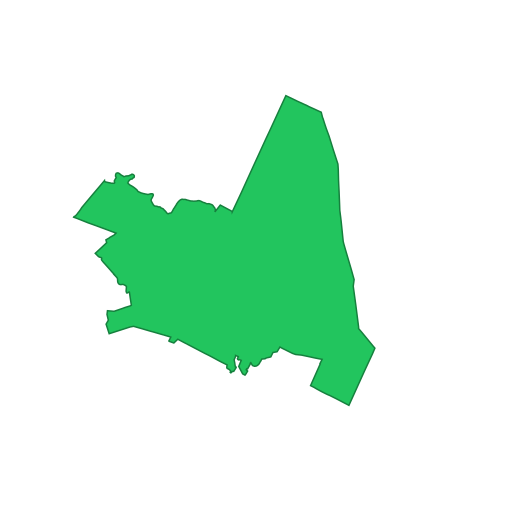 Becicherecu Mic, Timis, Romania (Albers equal-area conic projection), rotated 129°
{"feature_id": "2599482B19293630828144", "entity_name": "Becicherecu Mic", "entity_type": "district", "adm_level": 2, "iso_a3": "ROU", "parent_name": "Romania", "parent_adm1": "Timis", "projection": "albers", "projection_center": [21.043, 45.839], "detail": "fine", "context": "isolated", "style": "filled", "palette": "green", "viewbox_px": 512, "rotation_deg": 129, "n_neighbors": 0, "source": "geoboundaries", "source_scale": "gbopen_adm2", "svg_char_len": 5999}
<svg xmlns="http://www.w3.org/2000/svg" viewBox="0 0 512 512"><g transform="rotate(129 256 256)"><path d="M339.9,422.2L340.6,422.1L339.7,419.5L335.8,407.1L334.1,402.3L326.3,379.2L329.1,379.5L333.5,381.3L334.9,381.6L335.3,381.8L337.9,382.8L339.7,380.4L355.1,382.6L355.6,378.0L355.4,377.2L355.1,376.2L354.6,375.2L354.6,374.9L354.7,374.6L354.9,374.4L355.7,374.1L356.0,373.9L356.2,373.5L356.4,373.0L356.9,370.7L358.2,362.5L359.0,358.0L359.5,354.7L359.7,354.8L360.3,350.6L360.5,350.0L360.6,349.7L361.0,349.2L361.7,348.5L362.4,347.9L363.2,347.1L363.7,346.2L363.9,345.7L364.0,345.3L364.0,345.0L364.0,344.6L363.9,344.2L363.7,343.6L363.5,343.3L363.1,342.8L362.2,342.0L361.8,341.5L361.7,341.2L361.4,340.5L361.2,339.3L361.1,338.6L361.2,338.0L361.3,337.5L361.5,337.3L365.1,334.8L366.0,333.5L366.1,333.3L365.9,332.9L365.6,332.7L365.2,332.5L364.5,332.3L364.0,332.1L363.7,331.9L363.7,331.7L367.4,327.7L372.7,321.9L373.4,322.1L374.3,322.6L378.6,325.5L380.5,326.6L388.3,331.5L392.0,337.0L395.2,335.0L398.1,331.3L398.3,330.9L398.7,330.6L399.1,330.3L403.3,329.6L408.8,321.2L390.4,309.2L389.7,308.6L387.7,306.9L384.2,298.7L380.7,290.3L379.8,288.3L372.6,271.2L372.8,271.1L376.7,270.3L376.9,270.1L377.0,269.9L375.7,266.2L375.3,265.1L369.9,264.4L368.5,257.3L366.8,249.0L363.9,234.5L363.0,230.6L362.3,227.1L360.9,219.6L360.2,216.1L358.8,209.9L359.9,209.3L360.5,208.9L361.2,208.4L361.4,208.0L361.5,207.6L361.5,207.3L361.3,206.9L361.1,205.6L361.1,204.8L361.2,203.8L361.4,203.2L362.6,202.9L362.6,202.0L361.2,201.9L360.9,201.6L360.6,201.5L360.2,201.4L359.9,201.0L359.7,200.7L355.2,201.2L355.0,201.4L355.5,201.7L354.1,203.5L352.4,205.3L350.4,207.7L348.2,208.3L347.9,208.4L346.3,209.0L346.1,209.2L345.3,206.4L345.5,206.3L347.2,205.9L347.5,205.8L347.6,205.6L347.8,205.2L347.8,204.8L347.8,204.3L347.6,204.1L347.3,204.0L347.1,203.8L346.4,201.8L352.7,199.9L356.0,192.2L355.5,189.6L354.1,189.6L350.7,190.1L350.6,192.0L349.4,192.2L349.0,191.5L343.4,192.5L343.0,192.7L342.9,193.0L342.2,192.9L343.3,189.9L343.3,189.7L342.7,187.9L342.1,187.2L341.1,186.4L339.7,185.9L337.7,185.7L335.9,186.1L334.4,186.2L332.6,186.7L330.7,184.9L330.5,184.6L330.2,184.4L329.8,184.1L328.9,183.9L328.4,183.6L328.0,183.3L327.6,182.9L325.1,181.0L320.3,182.1L317.2,179.4L316.9,179.4L311.7,180.1L311.2,177.4L308.7,166.3L307.6,163.2L304.4,158.3L300.4,150.5L298.3,146.3L296.2,142.3L294.7,139.6L295.1,139.5L299.2,138.6L299.3,138.6L299.4,138.2L322.4,132.0L321.5,128.0L321.4,127.0L321.0,124.4L320.1,119.6L319.0,114.6L318.5,112.6L318.0,111.0L316.5,104.2L314.4,93.8L314.0,92.0L313.6,89.8L276.8,99.4L258.8,103.9L252.8,105.6L252.2,108.8L248.8,125.4L247.8,130.7L246.9,131.3L246.3,131.9L231.0,147.9L218.3,161.4L212.6,164.9L206.7,173.2L195.1,190.0L191.1,195.7L189.7,197.5L176.5,210.6L172.2,215.0L167.8,219.6L163.2,223.6L153.4,232.2L148.6,236.5L145.1,239.6L137.0,246.5L133.0,250.2L125.0,262.5L116.9,274.6L112.8,281.5L111.4,283.7L109.6,286.5L106.8,290.7L106.8,291.0L103.2,295.8L104.1,299.2L105.1,303.2L106.7,309.2L106.8,310.1L109.6,321.0L112.6,333.7L150.3,324.1L158.1,322.2L184.7,315.4L194.0,313.0L216.0,307.3L236.8,302.2L236.5,302.5L236.4,302.8L238.9,315.8L247.6,315.7L246.3,316.2L245.7,316.5L245.4,316.9L244.9,317.9L244.4,318.8L244.4,319.6L244.3,319.9L243.9,321.1L243.8,322.0L243.9,322.7L244.5,324.4L244.9,325.4L245.3,325.9L245.5,326.1L246.1,326.8L246.5,327.5L246.6,328.0L246.9,329.3L247.6,330.9L247.9,332.2L248.1,333.3L248.3,333.9L248.6,334.7L249.0,335.4L249.4,335.8L249.8,336.2L250.2,336.4L251.3,337.4L251.7,338.0L252.3,338.5L252.9,339.3L253.5,340.3L254.0,340.9L254.3,341.4L254.5,341.7L254.9,342.7L256.0,345.1L256.3,346.1L256.7,346.8L257.7,348.0L258.1,348.7L258.2,348.9L258.5,349.3L259.6,349.9L260.1,350.1L260.5,350.2L260.9,350.3L262.4,350.5L264.0,350.5L264.9,350.4L265.7,350.4L265.8,350.3L265.9,350.2L266.2,350.2L267.2,350.1L269.0,349.9L269.6,349.8L271.4,349.7L273.2,349.3L275.2,349.0L275.6,349.1L276.2,349.2L277.1,350.1L277.6,350.4L278.4,350.8L278.5,350.9L278.6,351.2L278.7,351.6L278.7,352.1L278.7,352.4L278.4,353.5L278.2,354.2L278.2,354.5L278.1,355.2L278.1,355.7L278.0,355.9L278.0,356.4L278.0,356.7L277.9,357.1L277.8,357.6L277.8,358.1L277.9,358.4L278.0,358.8L278.1,359.1L278.4,359.9L278.4,360.1L278.2,360.8L278.3,361.4L278.3,361.6L279.0,362.4L279.3,362.8L279.4,363.1L279.4,363.5L279.6,363.9L279.7,364.2L279.7,364.3L279.8,364.5L280.1,364.9L280.5,365.5L280.9,366.1L281.0,366.6L281.0,366.8L280.9,367.2L280.8,368.0L279.8,370.6L279.5,371.3L279.0,372.2L278.7,372.6L278.2,372.9L277.6,373.1L275.8,373.4L274.2,373.8L273.6,374.0L273.2,374.2L272.9,374.7L272.7,375.0L272.8,375.5L273.1,376.0L273.6,376.6L274.3,377.3L274.9,377.7L275.5,378.1L276.3,378.8L276.6,379.5L276.9,380.0L277.5,381.1L278.0,382.2L278.3,382.7L278.6,383.4L278.8,383.9L279.2,384.7L279.3,385.2L279.7,386.6L279.8,387.2L280.1,388.1L280.1,388.5L279.9,388.9L279.6,389.8L279.5,391.2L279.5,392.8L279.5,393.3L279.6,395.1L279.7,395.9L279.8,396.6L280.2,399.0L280.1,400.0L280.1,400.8L280.1,401.1L279.9,401.4L279.7,401.6L278.6,402.0L278.2,402.0L277.0,402.1L276.5,402.0L275.6,401.9L275.4,401.7L275.1,401.6L274.1,400.7L273.8,400.7L272.5,400.6L272.3,400.5L272.1,400.3L271.7,400.2L271.4,400.3L271.0,400.5L270.7,400.7L270.2,401.1L270.1,401.5L269.9,402.2L270.0,402.9L270.3,403.6L270.6,404.0L270.9,404.1L271.5,404.2L272.2,404.7L273.0,405.0L273.7,405.4L274.2,405.8L274.9,406.6L275.3,407.0L275.5,407.3L277.3,408.4L277.5,408.6L277.6,408.9L277.5,409.4L277.5,409.7L277.6,410.1L277.9,411.4L277.9,411.9L277.9,413.8L278.0,414.8L278.3,415.6L278.6,415.9L278.9,416.2L279.4,416.5L279.8,416.7L281.1,416.3L281.7,415.9L282.3,415.5L282.6,415.0L282.9,414.2L283.1,414.0L283.2,413.9L283.6,413.9L283.8,413.9L284.2,413.9L285.5,413.6L286.5,413.5L286.7,413.4L287.0,413.2L287.6,412.5L287.9,412.0L288.1,411.9L288.5,411.9L288.7,412.0L289.1,412.4L289.6,413.1L290.5,414.2L290.6,414.4L290.7,414.8L291.0,415.3L293.1,419.5L293.3,420.0L293.3,420.4L293.2,420.7L292.9,421.0L292.7,421.2L302.6,421.4L310.4,421.6L328.0,421.9L330.5,421.6L332.9,421.5L334.6,421.5L335.4,421.4L338.2,421.5L339.1,421.8L339.9,422.2Z" fill="#22c55e" stroke="#15803d" stroke-width="1.5"/></g></svg>